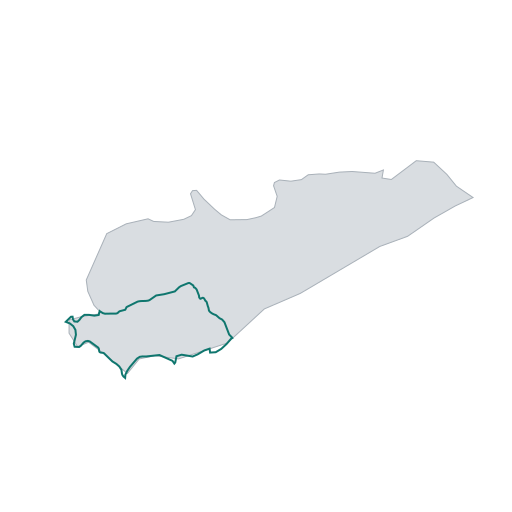 where North Lebanon sits in Lebanon, rotated 220°
{"feature_id": "LBN-3023", "entity_name": "North Lebanon", "entity_type": "Province", "adm_level": 1, "iso_a3": "LBN", "parent_name": "Lebanon", "parent_adm1": "", "projection": "equal_earth", "projection_center": [36.058, 34.42], "detail": "fine", "context": "in_parent", "style": "outline", "palette": "teal", "viewbox_px": 512, "rotation_deg": 220, "n_neighbors": 0, "source": "natural_earth", "source_scale": "10m", "svg_char_len": 2508}
<svg xmlns="http://www.w3.org/2000/svg" viewBox="0 0 512 512"><g transform="rotate(220 256 256)"><path d="M279.0,83.3L309.3,83.4L328.8,82.4L334.4,71.9L349.6,76.7L358.1,86.9L350.5,97.6L339.7,109.9L340.3,113.1L348.4,114.1L362.1,120.8L370.6,128.5L384.7,177.2L376.1,197.2L362.6,215.1L356.6,216.7L344.8,225.6L334.9,237.7L331.4,245.4L332.2,252.6L346.2,261.6L346.6,265.3L343.7,268.1L332.4,266.1L317.8,265.2L309.1,265.2L299.1,267.1L286.3,278.1L280.7,285.3L277.6,290.0L273.0,305.0L278.1,315.3L287.7,321.1L289.1,324.1L286.9,329.3L277.4,335.7L270.3,343.7L268.2,351.8L260.2,359.6L255.3,363.3L246.0,373.9L236.7,382.5L218.0,395.9L213.7,403.8L209.6,396.7L201.5,401.6L194.5,432.0L180.2,442.1L162.3,441.2L147.4,438.3L127.3,440.3L135.5,422.5L144.0,399.6L152.5,368.6L167.3,342.9L198.0,255.9L215.6,220.8L222.0,170.9L249.2,127.4L269.5,114.5L279.3,102.1L279.0,83.3Z" fill="#d9dde1" stroke="#a8b0b8" stroke-width="1"/><path d="M336.6,69.9L339.2,71.7L343.3,79.9L346.8,83.3L350.9,84.8L355.2,84.7L359.4,83.3L358.7,90.5L357.5,91.6L355.6,89.9L353.1,89.1L350.5,90.9L350.2,93.6L350.4,97.0L349.6,100.6L346.2,103.5L341.5,106.4L338.6,109.7L340.3,113.3L340.2,113.3L336.6,113.8L334.4,114.8L334.0,115.3L326.3,121.8L325.6,122.8L325.4,123.2L325.3,123.6L325.3,124.0L325.2,125.0L325.1,125.5L324.9,126.1L321.6,130.8L322.3,133.6L322.1,134.2L317.4,144.9L316.5,146.1L315.1,147.6L311.6,150.7L310.0,152.4L309.4,153.4L309.1,154.2L307.1,161.6L301.8,167.7L295.4,176.7L294.8,182.7L294.2,184.7L290.6,191.5L290.0,192.3L289.5,192.6L289.0,192.7L285.1,193.1L283.4,192.1L282.3,192.5L281.2,192.4L280.0,192.2L274.2,189.0L273.2,188.0L272.9,187.8L272.0,187.5L271.5,187.4L271.1,187.5L270.7,188.2L270.2,189.4L269.9,189.8L269.5,190.0L269.0,190.1L268.6,190.1L267.3,189.7L266.2,189.2L264.9,189.2L264.0,188.9L260.5,186.5L259.2,185.8L257.0,184.0L256.0,183.7L254.7,183.6L252.4,183.8L250.2,184.4L249.0,184.9L248.2,185.0L243.9,184.9L241.4,185.5L240.8,185.5L237.6,185.0L226.1,178.6L221.6,178.1L221.4,178.0L221.9,177.0L222.0,169.7L222.9,162.5L225.0,156.4L229.1,152.5L232.0,155.2L234.9,150.4L237.5,143.1L239.9,138.3L249.5,132.6L252.5,128.1L249.4,122.5L249.4,121.1L252.6,122.0L266.3,118.1L275.6,108.4L278.4,106.1L280.2,104.1L281.2,100.9L281.3,90.1L280.8,85.2L279.8,81.2L277.9,78.5L280.1,78.5L281.6,78.9L282.9,79.6L285.9,82.3L289.7,83.5L293.6,83.6L298.2,82.9L302.5,83.2L310.1,83.8L310.9,83.5L312.9,82.2L314.0,81.9L314.9,82.3L316.9,84.0L318.0,84.4L328.4,83.7L330.2,82.9L331.8,81.0L332.4,78.9L332.5,74.4L333.0,72.6L336.6,69.9Z" fill="none" stroke="#0f766e" stroke-width="2"/></g></svg>